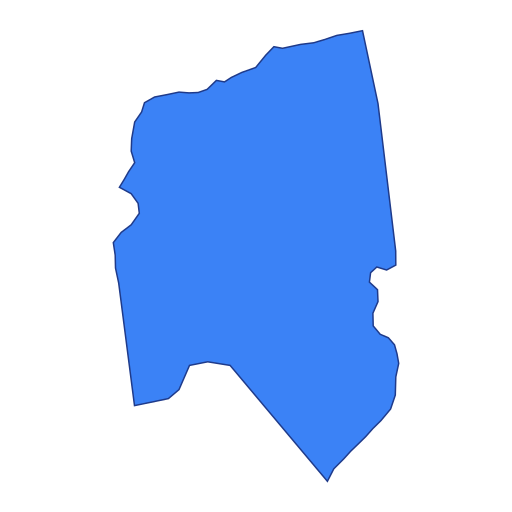 Passagem, Paraíba, Brazil
{"feature_id": "56859067B98745987234759", "entity_name": "Passagem", "entity_type": "district", "adm_level": 2, "iso_a3": "BRA", "parent_name": "Brazil", "parent_adm1": "Paraíba", "projection": "natural_earth1", "projection_center": [-37.042, -7.122], "detail": "fine", "context": "isolated", "style": "filled", "palette": "blue", "viewbox_px": 512, "rotation_deg": 0, "n_neighbors": 0, "source": "geoboundaries", "source_scale": "gbopen_adm2", "svg_char_len": 975}
<svg xmlns="http://www.w3.org/2000/svg" viewBox="0 0 512 512"><path d="M362.5,30.7L349.5,33.3L336.9,35.4L324.1,39.7L313.6,42.8L300.6,44.4L282.5,48.3L273.9,46.7L265.9,55.0L255.7,67.5L241.9,72.4L231.4,77.4L224.5,81.9L216.4,80.4L207.1,89.4L198.2,92.5L189.0,92.9L179.0,92.1L167.1,94.6L154.6,97.0L144.5,102.7L141.6,112.0L134.7,122.0L131.7,138.6L131.2,151.1L134.7,162.7L128.6,171.7L124.3,179.3L119.4,187.3L131.2,193.7L138.1,203.3L139.3,213.3L131.2,224.8L121.2,232.4L113.3,242.6L115.2,255.1L115.5,268.0L118.7,283.1L134.5,405.6L168.4,398.6L179.0,389.6L189.5,365.4L207.7,361.8L230.1,365.4L327.4,481.3L333.8,468.8L343.8,458.8L350.7,451.2L359.4,442.8L365.8,436.5L372.9,428.5L381.0,420.5L390.6,409.0L395.3,395.1L395.8,376.9L398.7,363.4L397.0,353.8L394.5,344.8L388.4,337.8L380.2,334.3L373.2,325.9L372.9,313.2L378.0,301.6L377.5,289.7L369.4,282.1L370.6,272.7L376.8,267.0L386.6,270.0L395.8,265.1L395.7,251.0L378.0,103.6L362.5,30.7Z" fill="#3b82f6" stroke="#1e3a8a" stroke-width="1.5"/></svg>